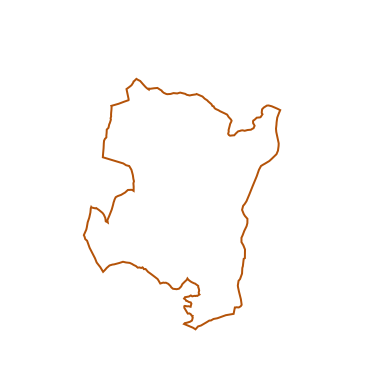 outline of Girga, Suhaj, Egypt, rotated 238°
{"feature_id": "37247803B67165443918142", "entity_name": "Girga", "entity_type": "district", "adm_level": 2, "iso_a3": "EGY", "parent_name": "Egypt", "parent_adm1": "Suhaj", "projection": "mercator", "projection_center": [31.856, 26.307], "detail": "fine", "context": "isolated", "style": "outline", "palette": "amber", "viewbox_px": 384, "rotation_deg": 238, "n_neighbors": 0, "source": "geoboundaries", "source_scale": "gbopen_adm2", "svg_char_len": 4319}
<svg xmlns="http://www.w3.org/2000/svg" viewBox="0 0 384 384"><g transform="rotate(238 192 192)"><path d="M307.8,169.2L306.9,169.0L304.6,167.4L302.0,165.4L300.3,164.2L299.0,163.5L297.6,162.0L296.4,161.6L295.5,160.6L293.9,158.7L293.3,157.8L293.3,157.7L293.2,157.6L290.7,155.2L290.1,152.8L287.2,150.8L285.3,149.3L283.8,148.4L283.4,147.4L283.3,146.5L282.1,144.6L280.0,143.0L276.1,140.3L270.8,136.3L268.7,134.8L252.6,148.9L249.6,150.3L247.3,152.5L245.8,152.5L242.9,152.4L237.7,150.8L234.1,149.2L231.9,148.5L230.4,146.9L227.5,145.4L223.9,143.1L225.4,142.4L226.1,141.6L226.9,140.1L227.7,138.7L227.0,134.9L227.1,132.0L227.1,130.5L227.9,126.8L228.0,124.5L226.6,122.3L225.3,120.8L224.8,120.1L222.8,118.1L219.7,114.7L217.4,111.6L215.7,109.3L215.0,108.3L212.9,105.3L210.8,104.4L211.7,104.0L212.8,103.3L215.9,104.7L218.0,105.0L219.5,105.2L221.0,105.1L221.8,105.0L224.8,104.0L226.2,103.5L229.2,102.2L229.3,101.4L231.1,99.6L232.3,98.5L232.6,98.5L231.8,97.5L228.5,95.0L224.7,91.3L221.6,87.5L217.6,83.9L216.1,82.4L213.0,77.8L212.8,77.6L212.7,77.4L211.0,77.2L208.6,76.5L206.3,77.2L202.6,76.4L198.9,75.6L187.1,74.6L182.7,73.8L176.7,74.4L172.3,74.3L171.4,74.3L172.1,77.2L172.8,79.4L173.4,83.1L172.6,86.1L171.9,87.6L170.3,92.8L169.4,96.5L167.2,98.7L164.9,101.6L162.6,103.1L161.1,103.8L158.9,105.2L156.6,105.9L155.9,107.4L155.1,108.1L154.4,108.9L154.3,110.1L153.6,110.3L152.1,110.3L151.3,111.8L147.6,112.4L143.9,113.9L140.2,115.3L136.4,116.7L134.2,116.7L132.0,116.6L131.2,116.6L130.4,119.6L129.7,120.3L128.9,121.8L126.7,123.2L123.7,123.9L122.2,123.9L120.0,124.6L117.7,127.5L116.9,129.7L117.6,132.7L119.0,135.0L119.7,138.0L120.3,141.0L121.1,142.3L119.6,142.4L117.3,143.2L115.8,143.9L113.6,145.3L112.8,146.0L109.1,147.5L107.6,146.7L106.9,146.7L104.7,145.9L103.2,144.4L102.0,143.9L101.1,144.0L101.1,142.8L101.1,141.3L101.8,140.6L101.9,139.9L102.6,139.1L103.4,136.9L104.9,136.2L105.0,134.0L106.5,130.3L105.8,128.8L104.3,129.5L102.8,129.4L102.1,130.2L100.6,130.9L99.8,131.6L99.1,132.4L97.6,132.3L96.2,130.8L95.4,130.0L96.9,128.6L97.7,127.1L98.5,126.4L99.2,125.6L99.2,124.9L97.8,124.1L96.3,124.1L91.9,124.0L91.1,124.0L90.4,125.5L88.9,126.2L87.4,126.2L86.6,126.9L85.9,126.1L85.2,126.1L84.4,125.4L83.0,123.8L83.0,121.6L83.8,118.6L84.6,116.4L84.3,115.3L82.5,116.6L76.4,120.9L73.7,122.2L74.8,125.9L74.0,128.9L73.8,135.6L73.8,138.6L73.0,140.0L73.0,140.8L72.9,143.0L71.5,146.6L69.6,155.4L66.6,162.7L71.3,167.1L70.9,167.6L70.9,168.3L69.3,170.5L69.3,172.8L70.0,174.3L71.5,175.0L75.1,176.6L82.5,179.0L86.9,180.6L88.4,181.3L92.0,184.4L92.7,186.6L96.3,191.2L100.9,194.4L102.1,195.8L107.9,200.4L107.9,201.8L115.2,206.5L119.6,207.3L123.3,207.4L127.0,209.7L128.4,211.9L131.3,215.7L134.1,220.2L136.3,222.5L139.9,224.8L143.0,224.3L143.6,224.2L145.9,224.2L150.3,225.0L152.5,227.3L153.2,228.1L153.9,230.3L155.3,233.3L159.6,239.4L164.6,246.2L171.1,255.3L175.4,260.6L175.9,261.5L177.5,264.3L177.5,266.6L177.4,268.8L177.3,274.0L178.0,277.7L179.3,283.7L181.5,286.8L185.1,289.8L187.3,291.3L193.9,293.7L198.3,295.3L201.2,296.8L204.1,299.1L206.3,300.7L209.9,303.7L212.8,307.5L214.7,310.2L217.3,308.6L219.5,307.1L222.5,305.0L224.8,302.8L225.6,301.3L225.6,297.6L225.4,296.9L225.0,295.3L224.2,294.6L222.1,293.0L220.6,293.0L219.2,290.0L219.2,289.3L220.7,286.3L220.1,283.3L220.1,281.8L219.4,281.1L217.9,280.3L216.4,280.3L215.0,280.2L213.5,278.0L213.6,276.5L213.6,275.0L215.1,272.0L216.0,269.1L217.5,267.6L218.2,266.1L218.3,265.4L219.0,263.2L218.4,260.2L217.7,257.9L218.5,256.4L219.6,254.1L220.8,253.5L222.2,253.5L223.7,255.1L225.1,255.8L226.6,257.4L228.0,258.9L229.5,260.4L230.9,262.7L231.6,263.4L232.4,263.4L233.1,263.4L235.6,262.9L236.1,262.8L239.0,262.8L241.3,261.4L245.8,258.5L247.3,257.8L249.5,256.3L251.0,255.6L253.3,255.7L254.0,254.9L256.2,255.0L260.7,253.6L261.4,253.6L263.8,252.5L264.4,252.2L267.4,251.5L272.7,247.8L272.7,247.1L274.3,243.4L275.1,241.2L277.3,239.0L278.8,238.3L282.6,234.6L283.4,231.7L285.7,228.7L286.3,226.5L286.5,225.8L288.1,222.8L288.8,222.1L291.1,220.6L293.3,219.9L294.1,220.0L295.6,219.2L296.9,218.6L298.6,217.8L299.3,216.3L299.9,215.2L301.7,211.2L302.4,210.4L301.7,209.7L303.2,209.0L305.4,208.3L309.2,207.6L313.6,206.9L315.9,205.5L317.4,204.8L316.7,201.8L316.7,201.0L316.0,200.3L314.6,197.3L314.3,194.9L314.0,191.0L304.2,187.4L303.5,186.8L303.9,185.1L304.5,182.5L305.7,176.5L307.8,169.2Z" fill="none" stroke="#b45309" stroke-width="2"/></g></svg>